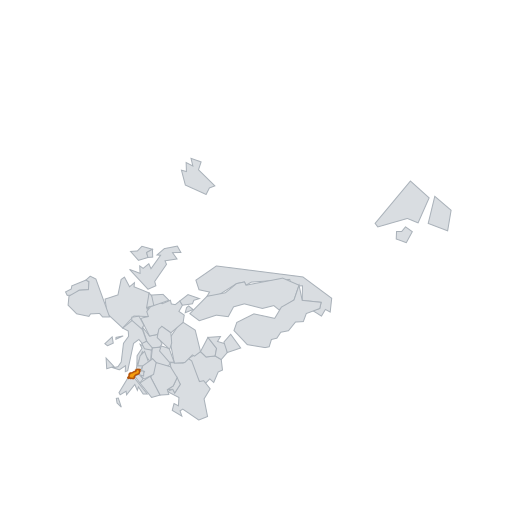 Albania highlighted on a map of Europe, rotated 61°
{"feature_id": "ALB", "entity_name": "Albania", "entity_type": "country or territory", "adm_level": 0, "iso_a3": "ALB", "parent_name": "Europe", "parent_adm1": "", "projection": "mercator", "projection_center": [20.103, 41.151], "detail": "fine", "context": "in_parent", "style": "filled", "palette": "amber", "viewbox_px": 512, "rotation_deg": 61, "n_neighbors": 37, "source": "natural_earth", "source_scale": "50m", "svg_char_len": 8716}
<svg xmlns="http://www.w3.org/2000/svg" viewBox="0 0 512 512"><g transform="rotate(61 256 256)"><path d="M265.3,84.6L289.1,76.4L305.6,98.2L296.5,105.5L289.6,135.4L285.2,136.0L265.3,84.6ZM340.3,227.9L331.2,232.9L332.8,225.7L328.1,221.5L317.2,237.1L304.6,229.8L299.6,239.5L292.8,237.9L276.6,272.7L276.7,278.9L273.1,278.7L270.7,286.4L272.1,309.4L267.5,318.4L265.0,314.1L257.9,322.2L248.0,320.3L245.5,295.5L297.1,225.1L329.7,210.3L341.0,218.3L336.4,221.2L340.3,227.9ZM326.9,76.2L311.0,89.6L290.5,70.7L310.6,63.2L326.9,76.2ZM317.2,118.1L309.1,125.1L302.7,121.2L305.2,116.7L303.0,111.1L310.5,107.5L317.2,118.1Z" fill="#d9dde1" stroke="#a8b0b8" stroke-width="1"/><path d="M236.5,367.4L256.8,379.5L249.3,391.9L254.4,407.5L234.1,414.2L220.5,408.9L223.1,395.6L211.1,385.3L210.7,381.3L221.6,381.5L220.4,375.2L223.8,377.6L236.5,367.4ZM259.3,417.9L261.5,410.9L260.9,418.9L259.3,417.9Z" fill="#d9dde1" stroke="#a8b0b8" stroke-width="1"/><path d="M267.5,318.4L273.3,300.7L270.7,286.4L273.1,278.7L276.7,278.9L288.3,243.4L302.4,232.5L312.9,244.1L314.2,262.0L308.0,264.5L305.0,275.8L292.2,289.4L289.6,300.3L295.6,309.7L288.5,319.4L285.1,337.0L274.4,341.8L267.5,318.4Z" fill="#d9dde1" stroke="#a8b0b8" stroke-width="1"/><path d="M329.7,336.6L339.5,340.6L339.1,345.3L346.1,354.3L341.1,356.0L342.8,361.8L338.4,366.4L312.8,364.9L312.7,350.9L320.1,348.6L323.6,340.2L329.7,336.6Z" fill="#d9dde1" stroke="#a8b0b8" stroke-width="1"/><path d="M354.6,397.5L360.1,398.5L350.4,404.1L345.3,399.2L349.4,396.5L342.4,392.0L331.5,399.3L332.2,393.4L336.4,393.5L331.5,384.4L317.7,386.5L307.6,382.8L314.3,371.6L312.8,364.9L316.6,363.1L338.4,366.4L339.7,362.2L350.0,360.5L355.8,370.7L372.9,376.2L371.7,385.6L354.4,394.3L354.6,397.5Z" fill="#d9dde1" stroke="#a8b0b8" stroke-width="1"/><path d="M312.7,350.9L313.8,358.3L311.7,359.6L314.7,370.0L310.1,379.4L286.2,371.6L278.5,356.6L278.7,351.9L291.4,345.1L312.7,350.9Z" fill="#d9dde1" stroke="#a8b0b8" stroke-width="1"/><path d="M289.1,384.4L285.6,392.1L280.5,393.4L261.8,389.9L274.4,387.9L276.8,380.3L287.3,380.8L289.1,384.4Z" fill="#d9dde1" stroke="#a8b0b8" stroke-width="1"/><path d="M307.6,382.8L309.9,385.7L303.7,394.0L294.4,397.0L286.2,391.2L289.1,384.4L307.6,382.8Z" fill="#d9dde1" stroke="#a8b0b8" stroke-width="1"/><path d="M324.1,383.9L331.5,384.4L336.4,393.5L332.2,393.4L329.9,398.4L329.5,391.4L324.1,383.9Z" fill="#d9dde1" stroke="#a8b0b8" stroke-width="1"/><path d="M329.9,398.4L334.9,399.4L331.1,407.4L310.7,406.9L300.8,395.0L311.4,384.5L324.1,383.9L329.5,391.4L329.9,398.4Z" fill="#d9dde1" stroke="#a8b0b8" stroke-width="1"/><path d="M323.6,340.2L320.1,348.6L312.7,350.9L303.9,337.5L317.7,335.3L323.6,340.2Z" fill="#d9dde1" stroke="#a8b0b8" stroke-width="1"/><path d="M326.5,327.9L329.7,336.6L323.6,340.2L317.7,335.3L303.9,337.5L309.2,326.1L312.1,331.1L318.8,324.6L326.5,327.9Z" fill="#d9dde1" stroke="#a8b0b8" stroke-width="1"/><path d="M329.0,314.0L326.5,327.9L315.7,325.8L312.2,316.1L329.0,314.0Z" fill="#d9dde1" stroke="#a8b0b8" stroke-width="1"/><path d="M278.7,351.9L281.9,367.7L271.9,372.5L276.8,380.3L274.4,387.9L254.5,387.1L256.8,379.5L251.6,378.5L249.4,373.3L249.2,363.3L252.3,361.1L253.2,352.3L256.9,353.3L259.4,350.2L258.4,344.4L263.4,344.2L267.1,350.3L272.9,347.4L278.7,351.9Z" fill="#d9dde1" stroke="#a8b0b8" stroke-width="1"/><path d="M309.7,404.8L310.7,406.9L331.1,407.4L329.1,415.9L310.8,419.1L309.7,404.8Z" fill="#d9dde1" stroke="#a8b0b8" stroke-width="1"/><path d="M322.9,447.1L317.2,448.8L312.8,447.2L313.5,445.3L322.9,447.1ZM303.7,421.5L324.0,418.0L322.0,421.6L313.5,422.3L316.0,424.9L309.6,424.3L314.7,436.5L311.3,435.2L311.5,442.1L309.1,442.1L300.6,427.3L303.7,421.5Z" fill="#d9dde1" stroke="#a8b0b8" stroke-width="1"/><path d="M287.6,393.1L297.8,399.7L284.6,401.8L294.4,413.5L285.6,408.4L281.5,400.5L277.0,400.2L287.6,393.1Z" fill="#d9dde1" stroke="#a8b0b8" stroke-width="1"/><path d="M262.3,387.6L265.0,393.2L253.8,396.9L249.3,394.3L251.9,387.5L262.3,387.6Z" fill="#d9dde1" stroke="#a8b0b8" stroke-width="1"/><path d="M248.4,373.5L249.9,377.0L248.0,376.6L248.4,373.5Z" fill="#d9dde1" stroke="#a8b0b8" stroke-width="1"/><path d="M249.8,369.4L248.0,376.6L236.5,367.4L245.5,365.5L249.8,369.4Z" fill="#d9dde1" stroke="#a8b0b8" stroke-width="1"/><path d="M252.5,353.6L249.8,369.4L239.5,366.3L244.5,355.9L252.5,353.6Z" fill="#d9dde1" stroke="#a8b0b8" stroke-width="1"/><path d="M194.6,416.5L197.4,414.5L204.2,418.9L200.2,427.3L201.9,434.5L198.9,440.2L195.1,440.0L195.3,433.6L192.8,431.5L194.6,416.5Z" fill="#d9dde1" stroke="#a8b0b8" stroke-width="1"/><path d="M200.4,439.0L200.2,427.3L204.2,418.9L197.4,414.5L194.6,416.5L193.3,410.8L198.5,407.2L238.3,413.6L235.0,419.7L230.4,420.7L226.4,428.8L227.8,431.4L219.6,440.9L207.9,444.2L200.4,439.0Z" fill="#d9dde1" stroke="#a8b0b8" stroke-width="1"/><path d="M204.9,351.2L202.8,360.9L191.2,363.5L194.1,357.3L192.2,351.1L199.9,343.3L199.9,350.0L204.9,351.2Z" fill="#d9dde1" stroke="#a8b0b8" stroke-width="1"/><path d="M265.3,391.0L277.5,393.0L278.0,397.8L272.2,398.9L273.1,405.5L294.1,423.8L293.8,426.4L288.7,423.4L289.3,430.7L284.4,435.3L285.9,430.4L283.4,425.3L268.1,414.2L264.5,406.4L259.7,404.1L254.4,407.5L252.3,395.7L265.3,391.0ZM272.6,436.6L283.8,433.8L282.2,441.2L272.6,436.6ZM257.0,421.0L263.0,423.1L262.5,429.4L259.4,430.7L257.0,421.0Z" fill="#d9dde1" stroke="#a8b0b8" stroke-width="1"/><path d="M263.4,344.2L258.4,344.4L256.8,334.2L265.8,326.2L264.6,331.9L267.0,334.7L263.4,344.2ZM272.3,337.0L271.3,345.4L267.5,341.8L267.0,339.1L272.3,337.0Z" fill="#d9dde1" stroke="#a8b0b8" stroke-width="1"/><path d="M204.9,351.2L199.9,350.0L199.9,343.3L206.9,346.9L204.9,351.2ZM216.2,354.0L209.1,339.1L207.1,342.1L205.1,332.6L209.2,320.0L216.5,320.0L212.6,327.4L220.3,326.5L216.1,337.9L219.9,338.3L229.1,356.9L233.5,358.0L232.7,366.6L206.4,373.1L215.0,365.8L208.3,362.5L212.1,360.7L210.8,353.5L216.2,354.0Z" fill="#d9dde1" stroke="#a8b0b8" stroke-width="1"/><path d="M174.7,258.0L173.9,263.8L178.0,269.8L159.7,283.4L144.8,279.6L148.4,275.9L140.4,271.8L146.7,267.6L139.1,265.5L147.1,258.4L152.7,264.5L174.7,258.0Z" fill="#d9dde1" stroke="#a8b0b8" stroke-width="1"/><path d="M277.5,393.0L286.2,391.2L287.6,393.1L283.1,398.5L277.2,398.3L277.5,393.0Z" fill="#d9dde1" stroke="#a8b0b8" stroke-width="1"/><path d="M332.8,225.7L330.7,239.9L336.3,246.4L332.9,253.5L337.1,263.8L334.7,271.3L338.0,277.6L336.5,283.0L341.8,288.5L340.5,292.5L329.3,306.6L310.5,311.4L304.8,305.0L305.6,285.9L319.6,269.9L313.0,258.5L312.9,244.1L302.4,232.5L317.2,237.1L328.1,221.5L332.8,225.7Z" fill="#d9dde1" stroke="#a8b0b8" stroke-width="1"/><path d="M309.3,379.1L306.8,383.3L292.3,386.4L288.7,382.5L294.8,376.8L309.3,379.1Z" fill="#d9dde1" stroke="#a8b0b8" stroke-width="1"/><path d="M281.9,367.7L291.2,371.9L295.9,376.8L279.5,382.0L272.9,376.5L271.9,372.5L281.9,367.7Z" fill="#d9dde1" stroke="#a8b0b8" stroke-width="1"/><path d="M294.8,412.7L287.2,405.8L285.4,399.7L297.7,401.6L298.1,408.1L294.8,412.7Z" fill="#d9dde1" stroke="#a8b0b8" stroke-width="1"/><path d="M308.7,414.3L310.8,419.1L302.2,420.3L302.8,415.6L308.7,414.3Z" fill="#d9dde1" stroke="#a8b0b8" stroke-width="1"/><path d="M295.8,396.2L300.8,395.0L309.9,403.0L309.3,413.6L305.8,414.7L303.0,409.6L301.0,411.9L297.2,408.4L295.8,396.2Z" fill="#d9dde1" stroke="#a8b0b8" stroke-width="1"/><path d="M300.3,413.0L297.8,416.5L294.4,413.5L297.2,408.4L300.3,413.0Z" fill="#d9dde1" stroke="#a8b0b8" stroke-width="1"/><path d="M302.2,416.6L300.3,413.0L302.3,409.9L306.5,412.5L302.2,416.6Z" fill="#d9dde1" stroke="#a8b0b8" stroke-width="1"/><path d="M297.6,416.5L297.7,416.3L297.7,415.9L297.7,415.6L297.6,415.3L297.4,415.1L297.6,414.7L297.9,414.2L298.1,413.9L298.4,413.5L298.6,413.1L298.8,412.8L299.0,412.7L299.0,412.8L299.1,413.3L299.1,413.5L299.3,413.6L299.5,413.5L299.8,413.4L300.2,413.2L300.3,413.2L300.4,413.3L300.7,413.8L300.9,414.2L301.3,414.4L301.5,414.6L301.8,414.8L301.9,415.1L302.1,415.8L302.1,416.3L302.1,416.5L301.9,417.3L301.9,417.7L301.9,418.0L301.7,418.2L301.8,418.9L301.8,419.1L301.8,419.4L302.1,420.1L302.3,420.3L302.4,420.5L302.6,421.1L303.2,421.1L303.4,421.2L303.5,421.4L303.5,421.5L303.5,421.8L303.6,422.1L303.8,422.4L303.8,422.6L303.7,422.8L303.5,423.2L303.2,423.3L302.8,423.7L302.8,423.9L302.6,424.1L302.6,424.4L302.4,424.8L302.4,425.0L302.2,425.1L301.9,425.2L301.7,425.2L301.5,425.3L301.4,425.4L301.3,425.6L301.2,425.6L301.2,425.8L301.3,426.0L301.4,426.3L301.4,426.5L301.1,426.5L301.1,426.8L300.9,427.0L300.5,427.1L300.3,426.9L300.1,426.9L300.0,426.5L299.9,426.1L299.5,425.3L298.2,424.5L297.8,424.2L297.7,423.9L297.6,423.6L297.8,423.7L298.0,423.7L298.0,423.3L297.7,422.6L297.6,422.4L297.8,421.8L298.1,421.1L298.1,420.2L298.1,419.6L298.1,419.2L298.0,418.7L298.2,418.0L298.4,417.9L298.5,417.7L298.5,416.9L298.1,416.6L297.6,416.5Z" fill="#f59e0b" stroke="#b45309" stroke-width="1.5"/></g></svg>